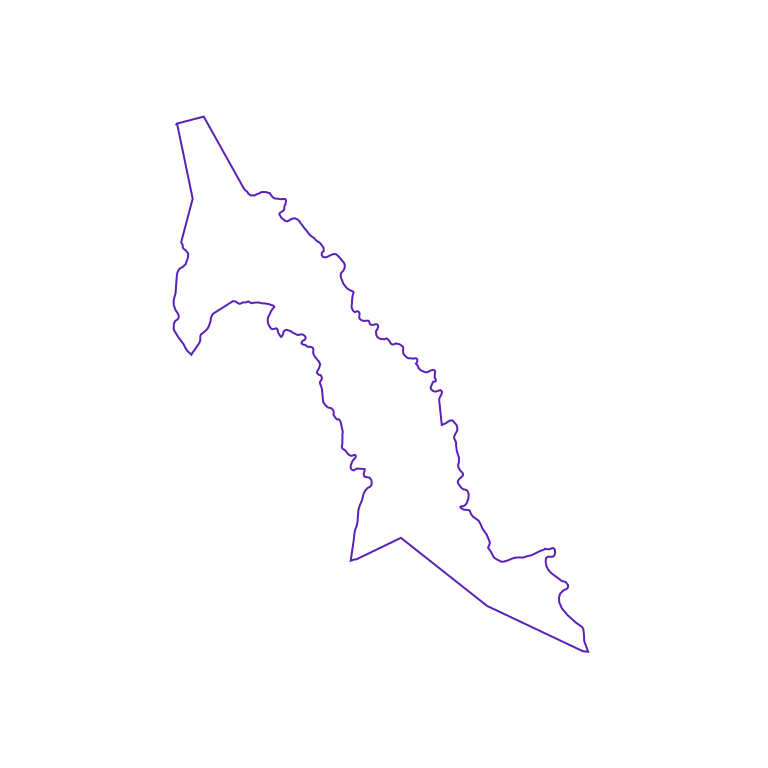 outline of Bois Canot, Praslin, Saint Lucia, rotated 23°
{"feature_id": "8701671B32126440612749", "entity_name": "Bois Canot", "entity_type": "district", "adm_level": 2, "iso_a3": "LCA", "parent_name": "Saint Lucia", "parent_adm1": "Praslin", "projection": "natural_earth1", "projection_center": [-60.931, 13.84], "detail": "fine", "context": "isolated", "style": "outline", "palette": "violet", "viewbox_px": 768, "rotation_deg": 23, "n_neighbors": 0, "source": "geoboundaries", "source_scale": "gbopen_adm2", "svg_char_len": 6150}
<svg xmlns="http://www.w3.org/2000/svg" viewBox="0 0 768 768"><g transform="rotate(23 384 384)"><path d="M190.1,430.4L195.3,432.3L195.3,430.7L196.0,428.2L198.0,418.0L197.7,415.4L196.2,411.5L196.1,409.8L197.7,407.2L199.5,403.4L200.1,401.2L200.1,397.7L199.7,393.6L198.8,390.3L199.1,386.3L212.6,366.7L215.6,366.0L216.5,366.4L219.0,366.8L220.0,366.4L221.0,365.7L222.4,363.8L224.3,363.3L226.7,361.1L230.4,361.4L233.4,359.5L236.3,358.1L240.6,357.3L242.5,356.5L246.5,355.5L251.4,355.1L252.9,355.8L253.0,356.0L252.0,358.7L251.6,361.1L251.5,365.4L251.2,367.3L251.7,370.0L253.1,372.7L254.2,374.1L256.8,376.2L258.3,377.0L259.7,377.2L260.6,376.7L262.8,375.0L263.4,374.8L264.3,375.2L265.2,376.0L265.8,377.2L266.9,378.4L270.6,380.9L271.3,380.4L271.6,378.7L271.2,374.3L272.3,372.9L272.9,372.4L273.9,372.1L277.2,371.8L278.8,372.2L284.8,372.7L286.2,372.2L288.5,370.5L290.5,370.2L292.5,370.8L293.3,371.3L293.9,372.1L294.0,373.6L293.7,374.3L292.2,376.1L291.9,377.4L291.9,378.2L292.2,378.8L292.8,379.2L294.7,379.2L296.4,378.8L298.1,379.4L299.5,379.5L301.4,378.6L303.9,378.4L304.6,378.7L305.5,379.8L306.6,383.0L307.7,384.3L309.1,385.4L313.0,387.7L315.2,388.7L317.5,390.7L318.0,394.1L318.0,395.5L317.6,398.0L317.7,399.5L318.0,400.1L319.4,400.8L320.9,400.9L322.3,400.6L324.2,402.2L324.5,402.7L324.8,404.5L324.3,406.9L324.5,408.0L328.7,412.6L335.1,424.4L338.2,426.3L340.6,427.2L341.8,427.5L344.2,427.0L345.5,427.0L347.4,428.0L348.1,428.7L348.9,429.8L349.5,431.9L351.1,433.2L353.3,434.5L354.4,434.9L356.3,434.2L358.5,435.4L359.0,436.0L364.8,444.2L365.5,446.8L369.0,455.2L369.7,458.2L370.1,458.9L370.7,459.4L371.9,460.0L373.5,460.0L374.3,460.3L377.9,462.3L379.8,463.0L381.7,463.0L382.6,462.6L384.4,460.9L384.9,460.6L385.7,460.8L386.2,461.3L386.4,462.0L386.3,463.5L385.2,466.8L385.1,467.6L385.2,472.2L386.4,474.6L387.9,475.5L389.9,475.4L391.6,472.9L392.7,472.2L399.2,469.9L399.7,470.1L399.9,471.2L400.5,474.9L400.9,475.6L402.0,476.6L402.6,476.9L407.2,475.9L408.1,476.2L409.9,477.4L410.7,478.7L411.5,480.3L411.8,481.6L411.8,482.5L411.4,483.9L409.5,486.2L408.4,489.4L408.2,491.2L408.1,493.0L409.2,499.6L409.1,504.8L409.7,510.1L413.6,521.6L414.2,524.8L414.6,531.1L417.1,539.4L422.4,559.7L425.5,556.9L427.0,556.3L459.7,519.0L565.6,548.0L671.5,552.3L676.5,550.7L668.7,542.3L666.0,536.6L663.2,531.7L661.4,530.3L653.6,528.6L643.4,525.1L635.5,521.1L630.8,516.7L628.6,512.5L628.0,508.4L629.6,504.2L632.3,501.1L632.9,499.3L631.9,497.1L628.6,495.3L624.5,495.8L611.7,492.7L607.6,490.7L604.3,487.8L602.2,484.3L601.2,481.1L602.2,479.0L604.6,478.1L607.2,476.7L607.8,474.4L607.5,472.7L606.0,469.7L603.9,468.8L602.1,470.1L600.7,471.6L597.7,472.7L596.7,472.7L595.9,473.9L592.1,477.7L586.9,483.8L582.5,487.0L580.5,489.0L575.4,491.2L572.7,492.6L570.7,494.1L567.1,497.8L563.5,500.8L562.3,501.5L560.7,501.7L555.5,501.3L552.7,500.6L547.9,496.6L544.0,494.2L543.7,493.6L543.8,490.4L543.3,488.4L543.0,488.0L537.2,482.4L531.1,478.6L527.8,475.4L524.5,472.8L517.9,471.4L516.2,470.5L514.7,469.5L512.3,467.0L510.8,467.1L506.8,468.4L504.0,468.3L503.0,467.9L502.3,467.2L502.9,466.5L505.0,465.2L505.8,464.1L506.5,462.2L506.7,460.1L506.3,457.8L506.5,456.9L505.2,452.7L503.6,450.6L501.8,449.5L499.9,449.5L498.6,449.9L496.7,449.7L495.1,449.0L491.9,447.1L491.0,446.5L490.4,445.7L490.0,444.2L490.4,441.9L492.3,437.8L492.2,436.3L491.4,435.4L487.9,433.8L485.0,431.6L483.9,429.6L483.5,426.8L482.0,422.8L477.2,417.2L474.3,412.3L473.8,410.9L472.8,409.2L469.8,406.6L469.4,405.9L469.0,403.9L469.6,398.4L469.1,396.8L468.2,395.2L466.9,393.6L465.4,392.7L463.5,391.9L462.0,391.0L460.5,390.9L459.3,391.7L457.7,393.5L456.2,396.0L453.2,399.1L441.0,377.1L440.6,375.8L440.9,369.8L440.2,368.2L438.2,367.6L435.5,370.1L433.5,371.2L431.6,371.2L429.5,370.5L428.3,369.1L428.3,362.8L430.3,361.6L430.5,360.6L429.3,359.0L427.9,358.1L426.3,352.8L425.7,352.0L424.2,351.6L422.8,352.3L420.8,354.2L419.4,356.2L417.0,357.1L412.7,357.0L410.1,356.2L407.7,353.9L405.5,352.8L405.9,350.4L405.0,348.3L404.5,348.0L403.3,347.9L402.3,348.2L401.3,349.2L399.6,349.5L396.4,350.8L395.0,350.7L391.7,349.6L389.7,348.2L388.8,346.4L387.5,343.0L386.7,342.2L383.3,341.4L381.9,341.4L380.5,341.9L379.1,341.9L377.4,343.8L376.1,344.4L374.5,344.1L372.1,342.3L369.5,341.1L368.3,341.1L366.9,342.6L363.8,343.7L362.2,343.9L360.5,343.7L359.3,343.1L358.1,342.3L356.0,338.8L356.4,336.4L356.4,333.9L355.5,332.4L354.5,331.8L354.0,331.8L352.7,332.4L350.4,334.2L348.9,334.6L347.7,334.2L345.4,332.0L344.6,331.9L340.5,333.9L338.5,334.1L336.5,333.7L335.8,333.2L335.0,332.1L334.0,328.7L333.1,327.7L331.4,327.3L330.6,327.6L329.9,328.5L329.0,329.2L328.2,329.1L326.9,328.6L324.8,326.8L323.9,325.3L322.6,321.2L321.8,319.2L320.6,315.1L320.2,311.5L319.7,311.0L315.3,310.9L312.7,310.4L311.2,309.7L307.3,307.5L303.0,303.0L301.9,301.5L301.2,299.2L301.3,298.1L302.2,296.1L302.4,294.1L302.4,292.6L301.5,290.0L300.0,288.2L293.6,284.9L289.6,283.3L287.0,283.9L284.7,286.1L282.0,289.2L280.7,290.2L279.6,290.7L278.0,290.8L276.4,289.8L275.8,288.5L275.6,288.1L275.6,287.1L276.6,285.1L275.5,282.9L274.8,282.1L273.9,281.4L270.4,279.4L268.6,278.8L267.5,278.8L265.2,278.2L262.2,276.8L259.8,276.5L256.9,275.5L251.6,272.4L250.5,272.1L245.4,269.0L244.2,268.5L243.1,267.5L240.5,266.4L237.7,266.2L236.1,266.8L234.6,268.0L231.8,271.7L231.1,272.2L229.4,272.4L225.0,271.3L221.5,268.9L221.2,268.3L221.4,267.1L223.0,264.8L223.9,262.8L223.7,261.4L222.9,259.4L223.0,256.8L222.4,254.1L221.6,252.8L220.7,252.3L216.9,254.2L212.9,255.2L211.7,255.7L209.9,255.9L207.9,255.2L204.8,253.4L204.4,252.9L202.2,253.4L200.4,253.4L196.3,255.2L194.3,257.6L192.5,259.2L191.2,261.1L189.8,261.4L188.0,262.4L185.1,262.0L183.0,260.5L180.0,259.6L178.5,258.7L113.6,208.3L91.5,225.3L91.5,226.3L92.5,226.2L135.5,288.2L141.9,332.8L144.4,334.7L145.1,336.5L146.2,337.5L147.1,337.9L149.6,338.6L152.5,340.2L153.2,341.3L153.9,343.6L154.4,346.2L154.3,349.0L154.6,350.0L154.5,351.4L152.8,355.2L150.9,357.5L150.4,359.8L150.3,362.0L150.5,363.4L152.1,368.7L156.6,381.6L157.4,387.7L157.8,389.5L159.8,393.7L163.4,397.6L165.6,398.9L168.0,400.9L168.9,402.3L169.0,403.5L168.9,404.5L168.6,405.4L167.3,407.4L167.0,409.6L167.2,411.3L169.2,416.0L169.8,416.6L176.1,421.1L184.0,425.7L186.7,428.1L190.1,430.4Z" fill="none" stroke="#5b21b6" stroke-width="2"/></g></svg>